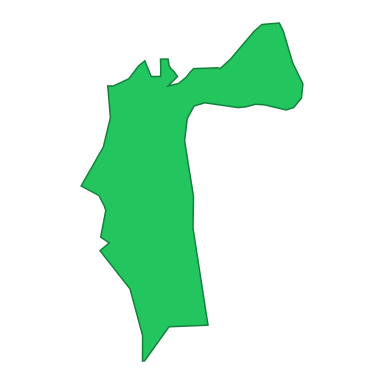 San Juan-Laventille, orthographic projection
{"feature_id": "TTO-56", "entity_name": "San Juan-Laventille", "entity_type": "Region", "adm_level": 1, "iso_a3": "TTO", "parent_name": "Trinidad and Tobago", "parent_adm1": "", "projection": "orthographic", "projection_center": [-61.431, 10.671], "detail": "fine", "context": "isolated", "style": "filled", "palette": "green", "viewbox_px": 384, "rotation_deg": 0, "n_neighbors": 0, "source": "natural_earth", "source_scale": "10m", "svg_char_len": 795}
<svg xmlns="http://www.w3.org/2000/svg" viewBox="0 0 384 384"><path d="M107.7,85.9L113.2,86.0L128.8,78.8L138.4,66.1L144.8,60.8L151.2,76.5L160.5,76.5L160.8,72.3L160.5,59.1L168.1,59.1L169.0,65.5L171.1,68.9L174.0,71.6L177.5,76.5L168.1,86.0L178.5,83.5L185.8,77.6L190.7,71.5L193.7,68.6L217.8,67.8L220.1,68.6L230.4,59.2L254.0,31.4L261.9,24.5L279.3,23.0L283.3,31.1L292.7,62.9L302.9,83.9L301.5,98.1L293.6,107.6L286.1,110.0L264.4,104.8L255.3,104.3L246.1,106.8L238.1,107.6L204.8,102.8L194.1,106.0L187.2,118.7L184.6,140.8L193.5,196.6L193.0,228.2L208.0,325.2L169.0,326.8L144.5,361.0L142.5,361.0L142.6,335.5L130.0,288.9L100.0,250.7L109.2,242.9L100.7,237.1L105.8,210.4L103.8,204.9L98.9,195.5L81.1,186.0L103.3,147.1L110.4,117.7L108.2,91.1L107.7,85.9Z" fill="#22c55e" stroke="#15803d" stroke-width="1.5"/></svg>